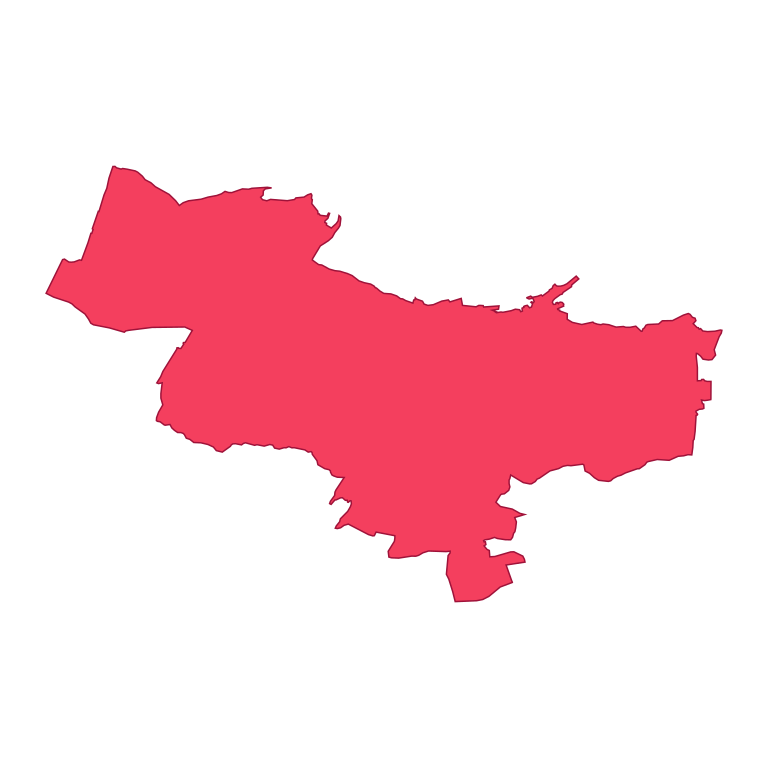 Voloiac, Mehedinti, Romania
{"feature_id": "2599482B70706234168944", "entity_name": "Voloiac", "entity_type": "district", "adm_level": 2, "iso_a3": "ROU", "parent_name": "Romania", "parent_adm1": "Mehedinti", "projection": "natural_earth1", "projection_center": [23.067, 44.63], "detail": "fine", "context": "isolated", "style": "filled", "palette": "rose", "viewbox_px": 768, "rotation_deg": 0, "n_neighbors": 0, "source": "geoboundaries", "source_scale": "gbopen_adm2", "svg_char_len": 6109}
<svg xmlns="http://www.w3.org/2000/svg" viewBox="0 0 768 768"><path d="M512.9,582.2L512.3,582.2L511.7,580.8L506.1,565.0L525.0,562.1L524.4,559.3L522.8,556.1L513.9,551.8L510.7,551.9L494.9,556.5L489.8,556.8L489.3,550.5L487.0,549.4L484.1,545.9L485.9,544.6L485.4,541.8L484.1,541.9L483.6,540.6L485.0,539.8L489.4,539.1L494.5,537.4L497.4,538.5L505.3,539.7L510.7,539.8L512.5,537.4L513.6,533.3L514.9,531.7L515.7,527.9L516.4,521.9L514.7,517.5L524.6,514.5L519.8,513.3L512.3,509.1L500.4,506.5L495.9,502.2L500.5,494.9L501.4,494.2L504.4,493.8L508.7,490.4L509.9,486.9L509.1,483.6L509.1,480.0L509.8,478.7L510.7,475.0L523.3,482.6L529.7,483.9L531.5,483.8L535.3,481.5L537.1,479.1L539.5,478.1L550.0,470.9L558.6,468.6L563.0,466.3L567.5,465.4L571.0,465.7L582.7,464.2L583.9,465.0L585.1,471.0L589.6,473.3L594.4,477.7L598.6,480.3L608.4,481.4L610.7,480.8L613.2,478.5L617.5,476.2L621.0,475.2L625.5,472.9L637.2,468.8L639.3,468.7L645.0,464.7L646.8,462.2L648.1,461.6L657.2,459.5L669.2,460.3L678.1,456.3L683.7,455.8L687.9,454.7L691.8,454.9L692.8,447.5L693.2,440.5L694.1,439.3L695.1,431.4L696.1,415.4L697.3,415.0L697.6,414.2L696.0,412.1L696.0,411.1L699.3,409.3L702.5,409.0L703.9,408.3L703.7,404.1L702.4,403.6L701.5,400.0L704.5,400.6L707.5,400.2L710.8,399.6L710.9,398.7L711.0,381.4L707.1,381.4L704.7,380.8L703.6,379.4L701.7,379.5L701.1,380.6L697.4,380.8L697.4,367.5L696.2,356.0L696.4,353.4L697.5,353.6L700.6,356.1L703.0,359.2L708.5,360.0L712.0,359.6L715.6,355.1L714.2,349.7L719.2,336.6L721.3,333.1L721.9,330.3L720.4,330.0L715.0,331.2L707.5,331.6L702.8,331.0L700.6,328.6L699.2,329.2L698.4,327.7L697.1,327.6L693.2,323.7L695.9,320.7L695.1,318.2L692.4,317.3L690.1,314.4L688.3,313.5L683.4,315.1L672.5,320.6L662.3,320.8L658.6,324.0L647.8,324.5L646.0,325.2L644.2,328.1L643.0,328.8L642.1,331.2L641.2,331.3L635.8,326.2L630.0,327.3L625.8,327.3L623.4,326.5L616.1,327.1L608.8,324.7L603.0,324.0L600.9,324.7L597.5,324.2L593.9,323.0L592.9,322.1L581.8,324.5L572.4,322.4L567.2,319.3L567.3,313.7L559.6,310.9L559.7,310.2L557.7,309.5L557.6,308.8L563.7,306.1L563.4,304.9L563.8,304.2L562.3,302.5L560.5,302.1L559.0,302.6L558.4,303.7L557.7,303.3L557.4,302.5L556.1,302.7L555.6,304.3L553.4,304.4L552.4,302.4L552.9,300.7L554.7,298.7L560.2,294.7L562.2,294.1L563.1,292.4L571.5,286.7L571.7,284.9L578.8,278.9L576.2,276.1L566.9,283.8L563.8,285.3L560.8,286.1L557.8,286.2L556.4,285.8L554.9,284.2L553.2,285.6L552.1,288.3L549.4,289.9L548.9,291.2L542.4,296.0L541.2,294.9L537.6,296.3L532.4,297.3L530.7,296.1L526.9,297.6L527.0,298.1L529.1,299.0L532.8,298.2L534.2,301.5L533.5,302.5L531.5,301.8L530.9,302.3L532.5,303.7L531.5,307.0L529.6,307.8L527.3,305.3L525.1,305.8L523.7,306.5L523.9,307.4L522.0,308.2L522.4,311.1L520.7,311.7L519.6,309.7L515.3,309.2L511.2,310.7L502.9,312.3L501.0,312.0L496.4,312.7L495.4,312.0L496.1,311.7L492.3,310.2L498.5,309.2L499.0,305.9L483.6,307.0L483.2,305.6L480.4,305.4L478.8,305.4L476.1,306.8L462.5,305.4L461.2,298.4L449.9,301.9L448.3,299.9L441.8,301.1L433.3,304.7L427.9,305.4L424.1,304.1L422.5,301.2L416.4,299.0L415.3,297.8L414.8,299.8L413.7,300.0L412.9,303.1L405.7,300.6L402.7,298.9L400.5,298.7L396.7,295.9L390.9,293.9L383.8,293.4L380.0,291.1L376.4,288.0L375.4,287.8L374.1,286.1L370.7,284.1L364.2,282.7L359.0,280.9L352.2,275.6L347.8,273.7L339.8,271.2L335.0,270.7L329.3,269.1L321.8,265.0L318.6,264.6L312.3,260.0L312.6,258.7L320.3,245.9L328.4,240.7L332.3,237.2L334.8,232.6L338.4,228.2L340.0,225.5L340.8,218.7L340.5,217.0L339.0,215.6L338.1,220.9L336.2,223.6L331.3,228.0L326.4,225.1L326.6,223.3L324.8,222.5L325.0,221.0L327.9,218.3L329.6,213.4L328.5,213.1L327.0,216.1L320.2,215.3L319.2,213.9L318.1,213.9L317.7,211.1L311.8,203.7L312.3,199.6L311.7,199.1L311.5,198.0L311.9,195.2L311.0,193.7L307.7,194.8L304.0,197.1L295.9,197.9L294.5,199.5L287.3,200.7L270.5,199.4L266.8,200.8L262.5,199.7L260.6,197.2L263.1,195.1L263.4,190.8L265.3,188.9L271.6,187.9L267.3,187.3L251.8,188.3L248.7,189.2L242.4,188.9L231.8,192.6L228.6,192.5L225.0,191.4L221.5,193.8L216.8,195.5L208.1,197.1L201.1,199.2L188.5,200.8L183.2,202.7L179.3,205.5L175.6,200.7L169.1,194.4L155.3,186.7L151.1,182.9L145.1,179.7L142.4,176.2L137.7,172.2L135.2,170.9L127.2,169.2L122.6,168.5L121.1,169.1L116.5,167.8L115.0,166.4L112.9,166.5L109.0,178.1L106.8,188.3L104.0,195.0L99.0,211.5L98.3,211.3L92.3,228.8L93.1,229.4L91.8,233.3L90.9,233.3L88.0,242.7L81.5,260.3L79.5,259.9L74.2,261.9L71.2,262.2L68.8,262.0L64.5,259.1L62.6,259.6L46.1,293.3L53.6,297.1L68.7,302.1L72.0,303.9L75.1,306.9L85.0,314.0L88.5,319.0L90.8,323.2L93.5,324.8L109.4,327.9L124.3,332.2L125.8,330.9L128.8,330.3L152.1,327.4L184.8,327.0L192.3,330.4L185.2,342.4L183.4,342.6L183.2,343.6L183.7,344.2L180.9,348.5L178.7,348.3L178.2,347.7L176.9,347.9L176.8,349.1L162.9,371.4L160.7,376.7L156.8,382.9L158.5,383.6L162.2,382.8L160.9,393.6L160.9,398.2L162.8,404.9L158.6,412.2L156.6,417.6L156.4,420.6L157.4,421.3L160.2,421.8L164.2,424.9L165.2,425.2L170.0,424.5L171.8,427.9L174.4,430.3L177.6,432.5L181.0,432.6L183.2,433.4L184.4,434.6L186.3,438.2L189.9,439.4L193.8,442.5L200.9,442.8L208.0,444.5L213.4,447.0L216.3,450.6L222.3,452.1L230.4,446.3L231.2,445.0L232.7,443.9L235.5,443.7L241.5,444.9L243.5,443.4L245.5,442.8L254.6,445.3L257.0,444.7L264.2,446.1L269.8,444.5L272.7,445.1L274.6,448.1L279.3,449.1L284.0,447.7L286.1,447.8L288.9,446.6L291.8,447.8L294.3,447.7L304.9,449.9L308.2,452.1L311.1,451.6L312.0,452.4L312.3,454.3L317.0,460.7L317.9,464.7L324.8,468.7L329.1,469.7L330.3,470.8L330.5,472.1L331.9,474.9L333.6,475.9L337.3,477.2L344.2,477.5L336.0,489.9L335.0,492.1L334.6,495.5L330.4,501.3L329.6,503.6L331.1,504.4L335.0,499.9L336.1,499.9L340.4,497.9L342.4,497.7L345.3,500.3L347.3,500.3L347.6,502.1L348.3,502.3L350.1,500.7L351.1,500.9L351.4,503.9L350.3,506.9L347.7,511.4L340.4,518.8L339.6,521.8L336.3,525.9L335.3,528.2L337.3,528.6L340.6,527.8L344.1,525.3L348.3,524.1L368.5,534.6L372.8,535.9L374.3,535.7L376.1,532.1L394.8,535.7L394.9,537.8L394.4,541.3L388.2,551.3L388.9,557.1L391.4,557.8L398.7,558.1L411.7,556.1L415.8,556.2L418.7,555.3L422.9,552.8L428.6,551.0L446.1,551.6L450.2,551.2L450.1,552.9L448.1,555.6L446.4,574.3L448.8,579.1L452.7,591.6L455.2,601.6L476.7,600.7L482.8,599.5L489.0,596.3L500.2,587.0L512.9,582.2Z" fill="#f43f5e" stroke="#9f1239" stroke-width="1.5"/></svg>